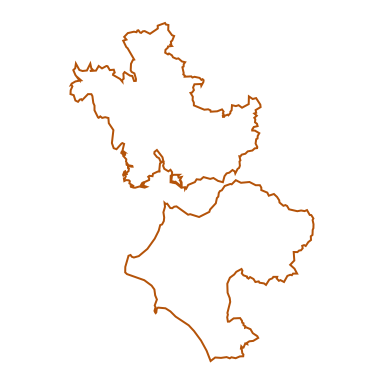 outline of Dytikis Elladas, Dytiki Ellada, Greece
{"feature_id": "26713481B45081925310995", "entity_name": "Dytikis Elladas", "entity_type": "district", "adm_level": 2, "iso_a3": "GRC", "parent_name": "Greece", "parent_adm1": "Dytiki Ellada", "projection": "albers", "projection_center": [21.426, 38.276], "detail": "fine", "context": "isolated", "style": "outline", "palette": "amber", "viewbox_px": 384, "rotation_deg": 0, "n_neighbors": 0, "source": "geoboundaries", "source_scale": "gbopen_adm2", "svg_char_len": 5969}
<svg xmlns="http://www.w3.org/2000/svg" viewBox="0 0 384 384"><path d="M313.4,218.5L311.3,215.1L309.7,214.9L307.0,210.1L304.6,211.1L301.1,210.5L297.3,211.2L289.0,209.3L287.1,206.0L285.4,205.1L283.4,205.8L279.5,202.5L279.2,200.3L277.1,197.0L273.9,194.0L268.8,195.7L267.3,192.6L261.3,190.1L261.3,187.6L259.9,185.2L255.7,185.2L249.5,182.0L241.0,182.8L235.8,180.2L231.7,184.3L230.3,184.0L224.7,186.0L221.8,190.3L219.9,191.1L218.8,192.9L218.3,196.6L216.9,198.1L215.8,203.3L210.1,209.5L209.3,211.9L199.1,217.0L190.2,214.2L188.1,214.7L176.5,206.4L174.2,206.7L172.2,208.2L170.3,208.0L167.2,203.7L165.7,204.0L164.6,202.9L165.0,206.8L163.4,212.3L164.2,217.5L163.8,221.1L162.1,224.4L160.2,225.1L158.7,230.7L154.7,238.7L147.4,248.9L138.8,256.1L133.9,257.5L131.9,256.8L130.5,255.0L128.5,255.8L125.3,266.9L125.2,272.4L127.0,274.1L144.3,280.2L151.6,285.6L154.4,289.5L155.2,295.4L156.9,299.5L154.7,305.5L155.5,307.2L154.5,310.9L155.2,312.5L155.7,313.1L156.3,312.3L156.7,308.8L158.1,307.6L165.5,308.3L170.4,311.4L175.6,316.6L188.7,325.3L194.0,331.0L201.0,340.5L206.6,350.7L210.6,361.0L215.2,357.5L221.0,357.9L226.6,357.1L229.8,358.3L231.4,357.3L235.7,358.2L239.9,356.4L243.2,356.3L243.4,354.5L242.3,353.2L241.7,349.0L240.9,348.7L241.3,346.3L242.6,347.8L243.5,347.6L245.3,343.4L247.3,344.2L247.0,342.8L249.4,341.3L253.2,340.9L258.2,337.9L257.3,336.2L252.8,333.2L250.5,329.2L246.1,327.3L245.1,327.7L245.2,326.2L243.5,325.2L243.5,323.3L242.2,322.6L242.0,320.8L240.1,318.1L233.6,318.4L229.4,321.6L227.9,321.6L227.2,317.3L227.9,314.6L227.4,313.0L230.2,301.9L229.7,298.0L227.6,292.8L227.3,283.7L229.9,277.7L234.2,274.5L236.3,271.8L241.5,269.0L242.4,270.6L241.8,273.4L243.4,275.3L247.1,276.6L247.1,277.6L248.5,278.6L250.1,277.1L253.5,279.0L255.4,282.0L258.7,281.4L259.5,282.7L264.0,283.4L266.0,284.9L269.3,279.6L272.4,278.3L273.3,276.9L277.2,276.9L276.7,278.4L278.9,280.8L280.4,280.1L284.0,282.0L287.4,275.9L290.2,274.8L291.9,275.2L293.0,273.6L297.1,273.6L294.5,268.7L290.2,264.8L294.3,260.5L293.7,252.0L297.4,252.1L299.2,250.5L301.0,250.3L302.7,248.3L302.2,245.8L304.1,245.1L305.7,246.0L308.3,242.1L311.0,240.0L310.8,236.3L312.5,234.9L312.7,229.8L313.4,228.2L313.5,224.2L312.6,220.0L313.4,218.5ZM126.3,47.1L127.6,48.2L134.2,59.6L132.9,60.0L131.0,63.8L130.7,70.4L131.7,72.0L134.4,73.4L136.0,79.1L135.8,80.9L134.1,81.0L132.3,76.0L129.9,75.6L124.6,72.1L123.4,73.7L123.7,78.7L122.1,80.1L122.3,81.6L120.0,78.9L113.0,74.9L113.3,73.6L114.7,72.6L113.8,69.7L109.8,70.1L107.5,66.2L106.4,66.0L102.0,68.4L98.7,66.0L96.0,70.6L89.9,71.0L92.8,69.8L91.3,68.2L90.3,63.7L86.9,70.5L82.5,71.0L79.4,70.0L75.9,63.6L75.2,68.3L73.3,70.1L75.4,75.0L78.6,79.3L79.2,79.9L78.8,78.4L81.1,80.4L75.5,81.4L71.7,83.6L70.9,85.1L71.5,84.9L72.4,86.4L70.7,90.2L70.5,94.1L73.7,95.2L75.4,100.5L78.0,101.8L79.8,99.6L81.3,99.2L82.1,100.2L88.0,94.1L91.4,94.2L92.4,96.1L93.3,102.9L94.5,105.6L94.5,110.3L98.0,117.4L98.7,117.8L100.3,116.4L102.2,117.9L105.2,117.2L108.4,118.0L108.8,123.2L113.4,130.1L111.9,143.1L113.7,148.2L116.5,149.2L121.3,143.8L122.3,143.1L124.1,143.9L122.5,150.6L124.6,152.2L121.7,151.8L121.3,152.9L123.0,153.8L122.2,154.9L125.1,153.5L125.1,154.8L123.4,156.1L126.3,159.3L126.0,161.6L127.5,163.9L126.5,164.1L126.7,164.9L132.3,166.0L132.5,166.7L131.6,166.7L128.0,165.8L128.0,168.0L128.9,168.5L128.5,171.2L126.4,172.7L126.8,174.0L125.4,174.2L125.1,171.3L124.3,171.7L123.1,174.9L123.4,175.5L124.5,174.4L125.8,176.2L125.0,178.2L123.9,178.4L124.3,181.0L126.0,180.1L128.8,180.3L129.8,181.2L129.4,183.4L133.3,185.9L132.7,187.2L131.0,186.5L130.5,185.2L130.9,186.8L133.5,187.6L135.2,187.7L139.4,186.5L144.7,187.6L146.7,186.8L141.1,184.9L142.2,183.0L143.1,182.5L143.7,184.0L144.5,182.1L149.1,180.0L149.2,178.2L148.2,176.8L149.4,175.8L152.5,176.2L153.0,173.8L157.9,171.5L160.3,171.5L159.2,170.9L160.0,163.4L162.5,161.7L160.5,161.5L159.1,158.2L156.9,157.0L154.3,153.7L154.5,151.9L156.9,150.0L162.5,157.3L163.8,163.4L163.1,165.8L164.3,168.8L168.4,171.3L170.5,169.8L172.1,172.2L172.0,174.8L170.7,175.8L170.6,182.2L171.1,182.2L172.0,175.6L173.7,174.8L179.3,174.8L178.1,175.7L178.6,177.6L181.6,177.0L180.1,179.6L181.6,182.3L181.7,187.7L184.8,187.2L185.0,188.9L185.6,187.7L186.3,188.5L188.2,184.9L194.9,182.1L196.6,179.3L200.5,179.7L203.5,177.1L210.2,178.9L213.4,178.0L218.0,180.9L222.9,182.2L224.5,176.2L226.6,173.4L229.4,172.6L232.5,170.0L234.8,171.5L235.3,173.4L237.6,168.9L239.1,167.9L239.9,165.7L239.5,161.5L240.4,160.4L239.4,156.3L240.5,156.4L241.6,154.7L245.4,153.7L247.7,151.4L252.4,150.5L254.7,148.4L257.1,148.1L257.3,147.0L255.6,143.6L256.2,139.2L257.5,138.5L257.7,135.9L259.3,133.2L254.9,130.6L252.2,130.5L252.2,129.5L253.8,127.0L257.6,126.1L257.0,123.8L255.0,122.3L255.3,119.3L254.3,117.8L256.8,115.7L254.3,113.5L256.2,112.8L255.6,110.1L260.6,107.1L260.3,104.6L256.1,98.1L252.7,99.0L248.9,96.4L248.7,104.1L242.0,107.7L238.6,105.2L235.9,106.1L232.0,105.2L231.6,110.3L230.4,111.7L230.3,113.2L228.4,115.3L227.7,114.7L224.8,115.7L224.1,116.9L223.0,116.9L222.8,115.4L223.6,114.2L222.9,113.2L223.6,111.6L222.0,109.4L217.2,111.3L210.7,111.7L210.4,110.3L208.2,109.3L204.3,109.7L193.9,105.4L193.8,102.5L192.6,100.0L192.8,96.7L190.5,92.9L192.2,92.4L193.9,90.1L193.1,87.5L194.4,84.3L201.0,84.0L201.3,85.8L203.4,82.0L203.6,80.2L202.6,79.2L201.4,79.9L199.6,77.9L194.5,76.8L192.4,77.5L191.3,76.4L184.6,76.7L184.8,75.6L183.3,74.4L183.7,73.1L182.4,67.2L183.6,66.5L183.7,64.2L185.1,62.2L182.0,61.5L178.4,58.4L176.4,58.8L173.0,57.3L171.9,55.3L169.0,53.5L168.0,54.4L165.2,52.7L165.5,49.8L167.8,47.7L168.0,46.5L171.9,46.0L170.5,44.5L171.2,44.2L170.9,41.6L172.2,40.6L174.1,36.0L172.0,35.2L168.2,30.0L168.4,25.0L165.9,24.5L165.0,23.0L157.7,25.7L157.8,28.5L150.0,33.8L144.7,31.1L142.9,31.3L141.1,32.9L140.0,32.5L138.4,30.3L137.4,30.5L136.5,32.2L134.0,31.7L127.8,33.1L124.2,36.9L126.4,39.6L123.2,40.7L126.3,47.1ZM181.5,182.3L179.9,180.1L179.3,179.7L180.5,181.2L181.4,185.3L180.9,186.2L175.5,181.7L173.4,182.4L173.5,181.6L171.9,181.2L171.4,182.4L176.1,183.4L181.0,187.4L181.6,187.2L181.5,182.3Z" fill="none" stroke="#b45309" stroke-width="2"/></svg>